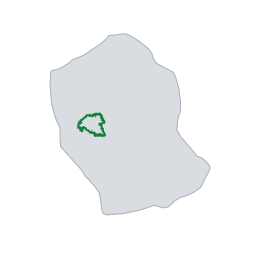 Makeoana, Berea, Lesotho (highlighted), rotated 287°
{"feature_id": "5366337B60128688215612", "entity_name": "Makeoana", "entity_type": "district", "adm_level": 2, "iso_a3": "LSO", "parent_name": "Lesotho", "parent_adm1": "Berea", "projection": "albers", "projection_center": [28.111, -29.223], "detail": "fine", "context": "in_parent", "style": "outline", "palette": "green", "viewbox_px": 256, "rotation_deg": 287, "n_neighbors": 0, "source": "geoboundaries", "source_scale": "gbopen_adm2", "svg_char_len": 5564}
<svg xmlns="http://www.w3.org/2000/svg" viewBox="0 0 256 256"><g transform="rotate(287 128 128)"><path d="M167.0,171.1L160.1,173.2L159.2,173.4L154.8,172.9L148.9,173.4L144.3,174.6L140.7,175.0L134.9,181.2L124.3,198.0L121.5,201.5L120.7,208.1L118.3,213.4L115.3,217.5L112.4,218.4L103.6,216.8L92.3,214.8L85.8,209.7L79.9,203.1L76.8,198.3L73.6,195.6L72.5,194.1L67.9,191.9L66.1,190.8L64.6,189.9L62.7,186.7L61.6,183.9L62.0,176.1L58.7,171.5L53.1,163.6L49.6,157.2L44.7,148.3L41.7,140.7L38.6,132.9L38.9,129.5L41.8,127.2L50.4,123.1L57.0,120.0L61.7,114.4L66.9,106.0L69.4,100.9L71.9,98.6L74.7,95.1L79.5,87.2L84.8,78.4L90.5,69.0L97.8,66.2L107.8,63.1L117.3,54.9L128.8,48.0L147.2,40.5L155.8,38.6L159.1,37.6L161.2,39.0L163.3,43.3L166.5,46.9L173.7,53.2L176.8,54.7L184.2,64.0L192.2,70.4L201.3,77.8L207.6,81.5L210.8,82.6L213.3,89.1L216.0,93.9L217.4,98.4L217.1,102.8L214.1,113.5L209.7,124.5L206.3,129.0L202.1,131.8L198.1,136.1L196.5,144.9L194.5,155.2L189.3,159.5L185.1,162.2L179.5,165.6L167.0,171.1Z" fill="#d9dde1" stroke="#a8b0b8" stroke-width="1"/><path d="M126.6,103.9L126.8,103.5L126.8,103.0L127.1,102.9L127.6,103.1L127.8,103.0L127.8,102.9L127.6,102.8L127.5,102.7L127.6,102.3L128.1,102.2L128.3,102.1L128.1,101.8L128.1,101.2L128.5,101.4L128.9,101.5L129.1,101.4L129.1,101.1L128.9,101.0L128.9,100.8L129.0,100.7L129.2,100.2L129.3,100.0L129.5,100.2L129.7,100.4L130.0,100.4L130.2,100.1L129.9,100.0L129.9,99.9L130.2,99.9L130.4,99.8L130.4,99.4L130.5,99.4L130.6,99.6L130.7,99.4L130.8,99.3L131.1,99.4L131.3,99.3L131.4,99.2L131.6,99.3L131.6,99.0L132.1,99.0L132.1,98.9L131.9,98.5L131.9,98.4L132.1,98.4L132.2,98.2L132.3,98.1L132.1,98.0L132.1,97.9L132.4,97.8L132.6,97.5L132.7,97.4L132.8,97.4L133.0,97.8L133.1,97.7L133.4,97.2L133.2,97.1L132.9,97.0L133.2,96.4L132.9,96.3L132.7,96.2L132.8,96.1L133.0,96.1L132.6,95.4L132.7,95.1L132.6,94.7L132.3,94.9L132.1,94.7L131.9,94.7L131.8,94.3L132.0,94.4L132.1,94.1L131.9,94.1L132.1,94.0L132.2,93.6L131.9,93.6L131.6,93.6L131.4,93.2L131.5,92.9L131.1,92.9L131.2,92.6L130.9,92.7L131.2,92.3L131.2,92.2L130.9,92.3L130.7,92.3L130.8,91.8L130.7,91.7L130.5,91.8L130.4,91.4L130.2,91.3L129.9,91.2L129.5,91.0L129.5,90.8L129.3,90.7L129.5,90.5L129.3,90.5L129.4,90.3L129.2,90.2L128.9,89.7L128.8,89.4L128.7,89.3L128.7,89.0L128.6,88.8L128.8,88.7L129.2,88.3L129.2,88.2L129.4,88.1L129.4,87.9L129.5,87.7L128.8,87.1L128.4,87.0L128.3,86.9L128.4,86.1L128.2,85.3L128.1,84.7L127.9,84.5L127.1,84.4L126.9,84.5L126.7,84.4L126.6,84.5L126.5,84.4L126.3,84.4L125.9,84.2L125.6,83.9L125.3,83.3L124.8,82.9L124.0,82.7L123.3,82.1L123.0,82.0L122.8,81.8L122.7,81.7L122.6,81.8L122.4,81.6L122.3,81.3L122.2,81.3L122.1,81.1L121.8,80.7L121.4,80.4L121.1,80.4L121.0,80.5L120.9,80.4L120.7,80.5L120.5,80.8L120.4,80.9L120.2,80.8L120.0,81.0L119.8,81.2L119.4,81.5L119.2,81.4L119.2,81.5L119.0,81.4L118.6,81.2L118.5,80.9L118.4,81.1L118.2,81.0L118.1,80.9L118.2,80.7L118.2,80.4L118.3,80.1L118.5,80.1L118.5,79.8L118.6,79.6L118.3,79.7L117.8,79.6L117.6,79.7L116.7,79.6L116.3,79.6L115.8,79.5L115.5,79.7L115.5,79.9L115.2,80.1L115.0,80.3L114.0,80.4L114.3,80.8L114.6,81.0L114.8,81.4L114.7,81.5L114.5,81.4L114.3,81.6L114.0,81.6L113.9,81.9L113.7,82.1L113.7,82.3L113.2,82.4L112.9,82.8L112.6,83.1L112.4,83.1L112.2,83.0L111.8,83.2L111.7,83.4L111.9,83.8L111.7,84.2L111.7,84.3L111.6,84.5L111.5,84.8L111.8,85.0L112.0,85.2L112.3,85.1L112.5,84.9L112.6,84.6L112.7,84.4L112.8,84.6L113.0,84.7L113.1,84.9L113.4,85.0L113.6,84.7L113.7,84.9L113.9,85.0L114.1,85.0L114.3,85.0L114.6,85.2L114.8,85.1L114.8,84.9L114.7,84.7L114.8,84.5L114.9,84.8L115.1,84.7L115.4,84.9L115.5,84.7L115.8,84.8L115.7,84.8L115.8,84.9L115.7,85.2L115.9,85.3L115.9,85.5L115.8,86.1L115.8,86.3L115.7,86.6L115.6,86.8L115.6,87.2L115.4,87.5L115.2,87.6L115.1,87.8L114.6,87.9L114.3,88.4L114.3,88.6L114.3,88.8L114.2,88.9L114.1,89.1L113.9,89.9L114.0,90.5L113.9,90.5L113.9,90.8L113.6,91.3L113.6,91.7L113.3,92.0L112.9,92.4L112.8,92.6L112.8,92.9L112.6,93.2L112.6,93.4L112.9,93.6L112.6,93.6L112.7,94.0L112.8,94.1L113.0,94.4L113.0,94.6L113.0,94.9L112.9,95.1L112.9,95.5L112.8,95.9L112.8,96.0L113.4,96.6L113.6,96.6L113.8,96.9L113.5,97.7L112.7,98.2L112.3,98.1L112.1,97.9L111.6,97.9L111.3,98.2L111.1,98.2L110.9,98.3L110.9,98.6L111.0,98.8L111.0,99.4L111.7,99.3L111.9,99.1L112.2,99.4L112.3,99.6L112.5,99.7L112.7,99.9L112.6,100.1L112.8,100.5L112.6,100.5L112.4,100.8L112.6,101.1L112.4,101.1L112.2,101.2L112.4,101.4L112.4,101.6L112.5,101.6L112.4,101.8L112.1,101.7L112.0,101.9L112.1,102.0L112.6,102.0L112.8,101.9L112.9,102.0L112.7,102.3L112.8,102.7L112.9,102.8L113.2,102.8L113.2,103.0L113.1,103.3L112.9,103.3L112.7,103.5L112.8,103.7L113.0,103.8L113.6,103.6L113.5,103.8L113.5,104.0L113.3,104.0L113.6,104.3L113.5,104.6L113.3,104.6L113.0,104.7L112.9,105.1L113.3,105.3L113.7,105.3L113.5,105.6L112.9,105.5L112.8,105.8L113.0,106.0L113.5,106.1L113.6,106.5L113.8,106.4L113.9,106.5L113.9,107.0L113.7,107.4L113.9,107.7L113.9,107.9L114.0,108.0L114.5,108.1L114.9,107.7L115.6,107.3L116.7,106.2L116.8,105.7L117.1,105.5L117.1,105.1L117.4,104.9L117.8,104.8L117.9,104.7L118.2,104.7L118.3,104.6L118.7,104.6L119.0,104.4L119.3,104.4L119.6,104.3L119.6,104.2L119.8,104.0L119.8,103.9L119.5,103.9L119.4,103.6L119.3,103.4L119.3,103.2L119.5,103.0L120.0,103.1L120.0,102.8L120.1,102.6L120.7,102.7L120.8,102.8L121.3,102.6L122.0,102.1L122.4,102.1L122.7,102.0L122.9,101.3L122.9,101.2L122.7,100.9L122.7,100.7L122.7,100.0L122.9,99.8L123.2,99.6L123.5,99.5L123.9,99.8L124.0,100.0L124.1,100.4L124.1,101.0L124.2,101.3L124.6,101.5L124.7,101.8L125.0,102.1L125.4,102.2L125.4,102.4L125.6,102.6L125.7,102.8L125.9,103.0L126.0,103.2L126.3,103.3L126.5,103.6L126.4,103.8L126.6,103.9Z" fill="none" stroke="#15803d" stroke-width="2"/></g></svg>